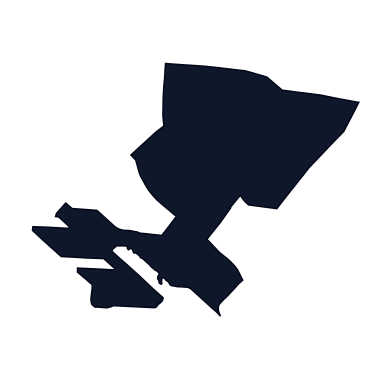 Comuna 2, Ciudad de Buenos Aires, Argentina (Robinson projection), rotated 188°
{"feature_id": "61730980B26508052382857", "entity_name": "Comuna 2", "entity_type": "district", "adm_level": 2, "iso_a3": "ARG", "parent_name": "Argentina", "parent_adm1": "Ciudad de Buenos Aires", "projection": "robinson", "projection_center": [-58.391, -34.584], "detail": "fine", "context": "isolated", "style": "filled", "palette": "ink", "viewbox_px": 384, "rotation_deg": 188, "n_neighbors": 0, "source": "geoboundaries", "source_scale": "gbopen_adm2", "svg_char_len": 5226}
<svg xmlns="http://www.w3.org/2000/svg" viewBox="0 0 384 384"><g transform="rotate(188 192 192)"><path d="M323.7,148.7L322.5,148.7L320.5,148.7L310.4,141.8L308.9,140.5L308.6,139.1L309.0,138.8L331.6,136.9L333.4,136.7L344.7,135.5L344.6,131.8L333.2,123.8L312.5,109.9L297.9,111.2L287.2,112.0L284.5,112.3L271.0,113.7L270.2,113.8L258.0,105.6L258.0,104.0L267.8,103.2L280.1,102.1L294.8,100.7L294.6,99.4L294.5,98.7L294.3,96.8L290.7,94.5L288.0,92.8L285.3,91.2L281.8,88.7L278.6,86.9L277.9,85.8L277.6,84.5L277.5,83.2L277.4,82.2L277.4,81.1L277.4,80.2L277.4,79.8L277.3,77.1L277.3,75.6L277.3,74.3L277.3,73.3L277.1,72.2L277.1,71.5L276.8,70.6L276.6,69.4L276.2,68.2L275.8,67.3L275.5,66.9L275.2,66.5L274.8,66.1L274.6,66.0L273.3,65.5L272.7,64.7L271.6,64.6L270.2,64.8L266.8,65.1L264.3,65.2L262.3,65.3L259.8,65.6L257.7,66.5L256.0,67.2L255.2,67.7L254.8,68.0L254.0,68.5L216.3,71.9L215.6,72.0L214.3,72.1L213.0,72.3L212.3,72.5L211.7,72.8L211.2,73.4L210.3,75.1L210.1,75.4L209.4,76.3L208.9,76.9L207.5,78.3L206.7,79.5L206.0,81.2L205.8,82.5L206.2,83.5L207.7,84.4L209.3,85.5L214.7,89.1L217.8,91.2L233.4,102.3L247.1,111.5L254.7,116.5L255.6,117.1L261.6,121.2L262.6,121.9L263.0,122.9L263.0,123.7L259.2,128.2L255.7,128.7L253.3,129.0L249.2,129.4L248.7,128.9L248.3,127.8L248.1,127.2L247.5,126.5L247.2,126.0L246.6,126.0L246.3,126.4L245.9,127.1L244.9,127.5L243.7,127.2L243.0,126.8L242.4,125.9L242.0,125.1L241.9,124.8L241.6,124.0L241.0,123.4L240.3,123.7L238.9,123.8L237.9,123.2L236.9,122.6L236.3,122.2L234.9,121.3L234.7,120.9L234.3,120.5L233.9,119.8L232.9,119.5L232.7,119.5L231.9,119.4L230.8,118.6L229.5,117.8L228.3,117.0L227.3,116.2L225.9,115.3L223.4,113.6L222.2,112.4L221.1,111.7L220.3,111.2L219.0,110.4L218.1,109.8L217.1,109.3L215.9,109.0L214.5,108.0L213.7,107.5L213.2,106.9L213.0,106.0L213.4,105.3L213.5,105.1L213.9,104.3L214.0,103.3L214.1,103.0L214.0,102.4L213.9,101.3L213.7,101.0L213.2,100.7L212.9,100.2L212.3,98.9L211.9,97.7L211.6,97.2L211.0,96.9L210.4,96.8L209.8,96.4L209.3,96.6L209.1,97.3L209.4,98.1L209.9,99.0L209.8,99.9L209.8,100.9L209.8,102.0L209.5,102.5L209.3,102.8L208.7,103.1L207.9,103.1L207.0,102.5L206.2,101.8L205.4,100.9L204.2,100.5L203.4,100.0L202.3,99.1L201.8,98.4L201.3,97.7L200.7,97.1L200.2,96.8L199.4,96.4L196.0,96.4L193.3,96.2L192.6,96.3L185.7,96.9L182.4,97.0L179.8,96.1L158.4,81.5L156.2,79.9L155.5,79.5L154.2,78.7L152.3,77.5L151.8,77.2L146.5,73.0L148.7,76.7L149.4,78.5L149.7,79.9L149.9,81.6L149.8,82.9L149.3,84.8L148.1,86.5L147.9,86.8L145.3,90.5L144.3,91.7L143.7,92.4L142.9,93.4L135.6,103.7L133.7,106.8L131.1,109.9L130.4,110.7L129.5,111.8L131.1,114.0L132.9,116.7L136.2,121.4L139.0,124.2L139.6,124.8L142.9,127.4L143.9,128.2L147.8,130.9L148.2,131.1L153.8,134.4L156.8,136.3L157.0,136.4L161.6,140.1L162.1,140.5L168.9,145.9L170.1,146.8L170.6,147.2L169.3,149.6L168.2,151.5L161.2,163.3L160.1,165.0L151.7,181.3L152.3,181.4L147.8,188.8L143.7,195.5L139.8,191.2L139.2,190.8L138.3,190.0L134.2,187.1L133.6,187.1L120.2,187.2L111.2,187.3L105.7,187.3L104.1,190.2L99.5,198.2L95.9,204.4L93.1,209.1L92.4,210.3L91.2,212.3L86.4,220.6L85.3,222.4L83.6,225.2L83.2,226.0L80.9,230.0L79.3,232.7L71.8,243.1L64.1,253.9L63.7,254.5L63.2,255.2L60.4,259.1L56.0,265.2L50.1,273.2L48.6,277.6L45.7,285.7L42.5,294.7L39.3,304.0L41.4,304.0L41.6,304.0L48.6,304.3L57.8,304.7L59.7,304.8L65.7,305.1L66.0,305.1L66.4,305.1L66.9,305.2L77.8,305.9L83.7,305.8L88.5,305.8L89.4,305.7L92.3,305.7L92.9,305.7L102.6,305.5L107.6,305.5L109.6,305.5L114.5,305.4L115.4,305.4L116.9,305.4L122.2,308.8L122.8,309.2L124.1,310.0L126.6,311.6L130.2,313.9L130.7,314.2L133.8,316.2L137.5,316.8L139.2,317.0L140.1,317.2L144.2,317.7L147.9,318.3L155.6,319.3L156.0,319.4L156.5,319.4L166.4,319.1L170.1,319.1L175.6,318.9L183.1,318.8L183.3,318.7L185.2,318.7L194.1,318.4L195.1,318.4L204.4,317.8L204.9,317.8L205.6,317.7L214.0,317.1L217.2,316.8L217.6,316.8L218.4,316.7L219.1,316.7L227.5,316.1L228.7,316.0L228.8,316.0L236.1,315.6L235.6,308.3L235.5,307.4L235.4,306.6L234.8,298.4L234.8,297.5L234.8,296.5L234.3,288.4L234.1,286.7L234.0,285.3L233.4,278.8L233.2,277.9L233.1,277.1L231.4,263.3L229.1,253.9L228.8,253.7L229.3,253.2L235.8,246.6L242.4,238.6L249.1,230.5L256.5,221.5L257.6,220.1L257.0,219.7L254.9,218.0L252.1,215.7L250.1,211.1L249.5,209.7L248.8,208.0L248.3,206.9L246.5,202.9L244.7,199.9L243.0,197.7L242.1,196.5L240.8,194.8L239.1,192.5L237.6,190.6L235.5,188.1L232.4,185.1L229.5,182.5L227.8,181.1L226.1,179.7L225.8,179.4L225.5,179.2L224.2,178.4L223.1,177.7L222.1,177.0L221.3,176.5L220.6,176.0L219.3,175.2L218.3,174.6L217.6,174.1L216.5,173.4L215.4,172.7L214.8,172.3L213.7,171.7L212.0,170.7L211.2,170.2L210.8,169.9L210.4,169.6L210.1,169.4L209.5,169.1L208.7,168.6L208.2,168.2L207.9,168.0L207.5,167.8L207.1,167.5L206.2,167.0L205.9,166.8L205.5,166.6L205.1,166.5L204.6,166.3L203.9,166.1L206.7,160.9L206.9,160.6L212.3,151.0L215.7,145.1L215.9,144.7L217.2,144.7L218.4,144.7L225.8,144.4L226.8,144.4L231.3,144.3L235.9,144.1L238.0,144.0L238.3,144.1L239.2,144.4L240.0,144.6L241.1,144.8L242.3,144.9L243.8,144.8L244.5,144.9L245.3,145.0L246.8,145.1L248.3,145.1L251.2,144.9L252.4,144.7L253.6,144.6L254.8,144.6L256.0,144.7L257.2,144.8L258.4,145.0L259.5,145.3L260.7,145.7L261.8,146.1L263.2,146.7L283.6,160.6L303.2,159.3L308.4,158.9L315.5,163.5L323.2,152.0L323.6,149.4L323.7,148.7Z" fill="#0f172a" stroke="#020617" stroke-width="1.5"/></g></svg>